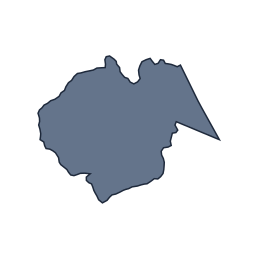 Iconha, Espírito Santo, Brazil, rotated 294°
{"feature_id": "56859067B88313113009325", "entity_name": "Iconha", "entity_type": "district", "adm_level": 2, "iso_a3": "BRA", "parent_name": "Brazil", "parent_adm1": "Espírito Santo", "projection": "mercator", "projection_center": [-40.862, -20.764], "detail": "fine", "context": "isolated", "style": "filled", "palette": "slate", "viewbox_px": 256, "rotation_deg": 294, "n_neighbors": 0, "source": "geoboundaries", "source_scale": "gbopen_adm2", "svg_char_len": 1602}
<svg xmlns="http://www.w3.org/2000/svg" viewBox="0 0 256 256"><g transform="rotate(294 128 128)"><path d="M81.6,52.4L81.0,56.7L77.9,59.1L75.9,61.5L76.9,65.2L76.6,68.6L75.9,71.8L72.7,76.6L68.8,79.1L67.2,81.5L66.4,84.6L65.2,89.1L63.3,91.8L61.8,94.8L62.5,98.0L64.7,100.4L67.2,102.9L69.1,106.8L70.8,112.1L66.2,109.9L63.2,111.3L62.1,114.4L62.1,117.4L59.9,119.7L57.0,122.3L55.1,124.7L53.3,127.2L50.5,130.4L49.2,135.1L53.4,138.3L57.3,139.3L60.4,140.6L62.7,143.7L65.9,146.5L69.1,149.0L71.0,150.9L72.8,153.2L75.9,155.7L78.8,160.2L81.3,163.0L83.4,165.7L84.8,168.1L88.4,170.4L92.4,172.6L93.6,176.0L96.8,177.6L100.7,178.5L104.6,177.6L108.0,176.4L111.4,175.1L114.5,172.7L117.0,169.7L120.2,167.8L124.4,168.5L126.9,172.4L129.6,174.6L133.2,172.0L136.8,171.4L141.3,170.6L143.3,173.6L146.3,174.3L149.8,169.7L153.4,169.5L154.5,216.2L176.5,187.0L181.3,180.8L206.8,150.3L204.0,148.0L203.9,144.6L203.7,141.7L202.9,138.4L202.1,135.8L204.4,132.9L203.6,129.9L199.3,129.2L197.0,126.6L199.0,122.7L200.6,119.9L197.8,116.8L194.2,113.8L189.6,113.6L185.1,114.1L181.0,116.5L178.1,119.0L174.0,118.0L170.7,115.4L170.8,111.4L173.2,107.7L172.9,104.3L174.4,101.1L176.2,97.9L179.8,95.7L181.7,91.7L184.1,90.1L185.2,87.3L186.3,81.9L184.3,79.1L181.0,79.1L177.1,81.5L173.9,82.6L172.3,79.4L170.1,75.2L166.9,72.8L164.7,69.8L162.1,66.1L159.1,62.5L157.2,59.6L153.1,57.8L148.5,57.1L145.2,55.2L140.5,54.5L136.5,54.7L132.9,52.5L128.9,52.2L124.5,49.5L121.5,46.3L117.7,44.4L114.8,42.0L111.4,41.2L108.5,39.8L104.9,39.8L101.2,43.0L98.0,44.6L94.4,45.2L91.0,48.1L87.3,50.6L84.8,51.5L81.6,52.4Z" fill="#64748b" stroke="#1e293b" stroke-width="1.5"/></g></svg>